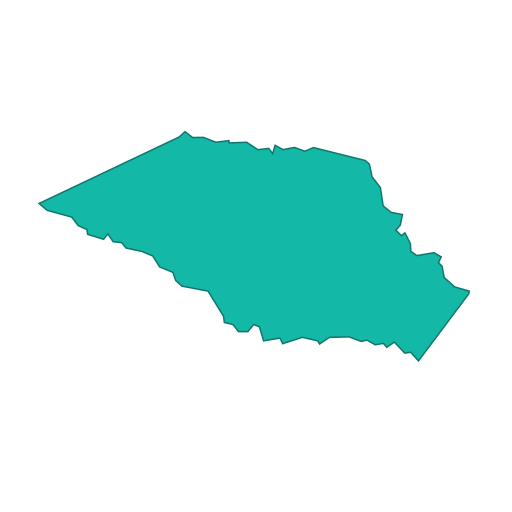 the district of Angelina, Texas, United States of America, rotated 168°
{"feature_id": "52423323B89498799122377", "entity_name": "Angelina", "entity_type": "district", "adm_level": 2, "iso_a3": "USA", "parent_name": "United States of America", "parent_adm1": "Texas", "projection": "robinson", "projection_center": [-94.635, 31.277], "detail": "fine", "context": "isolated", "style": "filled", "palette": "teal", "viewbox_px": 512, "rotation_deg": 168, "n_neighbors": 0, "source": "geoboundaries", "source_scale": "gbopen_adm2", "svg_char_len": 1134}
<svg xmlns="http://www.w3.org/2000/svg" viewBox="0 0 512 512"><g transform="rotate(168 256 256)"><path d="M129.3,326.7L177.2,350.1L186.4,348.3L195.8,354.2L207.4,354.4L214.3,360.3L218.4,352.7L221.2,358.6L232.0,359.6L241.5,369.2L258.7,372.2L258.5,374.5L271.5,375.6L282.9,383.0L293.4,385.1L299.6,392.4L306.4,388.4L457.3,352.5L450.8,344.1L428.2,332.4L423.6,322.7L415.9,317.0L416.2,312.2L401.6,304.0L396.3,308.4L392.8,299.7L384.5,296.9L381.5,290.8L366.7,284.2L357.0,277.5L352.5,265.3L340.7,257.3L339.6,248.6L334.7,241.9L310.2,231.6L300.3,203.8L300.8,197.5L292.8,193.8L288.8,185.6L279.7,183.7L272.5,189.5L267.4,186.0L266.2,171.4L249.5,170.7L248.2,164.7L227.6,166.8L213.3,160.2L212.1,156.7L201.3,161.1L181.9,157.6L170.7,150.5L165.0,150.7L157.9,144.4L149.5,144.0L147.1,139.5L138.6,143.0L130.7,130.1L124.7,129.7L118.9,119.6L55.7,174.8L54.7,177.3L68.2,184.5L76.4,195.9L76.1,207.2L78.9,211.5L75.0,216.6L81.2,222.2L98.7,223.0L103.6,228.5L102.4,236.0L105.5,247.7L109.5,245.6L113.8,252.2L108.6,256.0L104.1,266.1L114.8,270.6L121.2,278.6L120.1,297.1L126.0,309.3L126.0,322.2L129.3,326.7Z" fill="#14b8a6" stroke="#0f766e" stroke-width="1.5"/></g></svg>